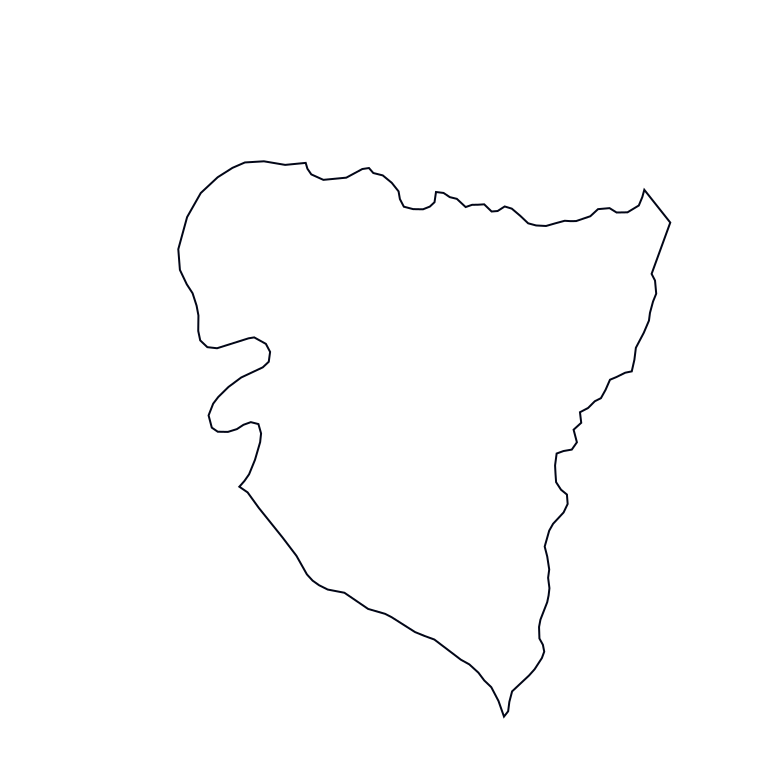 Primeiro de Maio, Paraná, Brazil, rotated 200°
{"feature_id": "56859067B81342579532377", "entity_name": "Primeiro de Maio", "entity_type": "district", "adm_level": 2, "iso_a3": "BRA", "parent_name": "Brazil", "parent_adm1": "Paraná", "projection": "natural_earth1", "projection_center": [-51.083, -22.858], "detail": "fine", "context": "isolated", "style": "outline", "palette": "ink", "viewbox_px": 768, "rotation_deg": 200, "n_neighbors": 0, "source": "geoboundaries", "source_scale": "gbopen_adm2", "svg_char_len": 2098}
<svg xmlns="http://www.w3.org/2000/svg" viewBox="0 0 768 768"><g transform="rotate(200 384 384)"><path d="M157.5,112.5L155.4,118.9L157.5,128.2L158.5,139.0L148.0,159.7L144.9,167.5L141.9,180.5L141.9,187.3L145.5,193.3L150.9,198.0L155.2,208.7L156.4,216.1L156.0,234.8L157.0,241.6L158.7,248.7L163.5,258.0L165.3,266.2L171.6,277.7L177.4,286.2L178.6,302.7L177.3,310.5L171.3,324.7L170.4,334.1L174.3,342.7L181.5,345.2L188.7,350.6L192.0,358.0L195.4,366.0L198.0,377.7L192.4,382.4L185.1,386.6L182.8,395.2L190.2,405.9L185.4,415.0L190.2,424.5L184.0,431.3L180.0,439.9L175.3,444.9L173.8,454.3L173.1,465.3L168.1,469.9L161.2,477.1L155.5,480.6L157.0,492.4L159.7,504.2L157.4,521.0L156.7,534.2L158.4,541.8L159.4,553.5L159.1,562.0L164.7,573.9L170.2,579.0L170.2,633.6L205.8,655.5L205.2,648.0L205.6,638.9L213.9,628.6L224.1,624.7L232.2,626.4L242.7,621.5L247.5,612.2L259.2,602.8L264.5,600.8L270.0,599.2L278.1,593.5L285.8,587.9L295.3,585.0L303.5,584.3L313.4,588.6L323.9,592.5L331.3,592.1L336.4,585.4L341.9,582.9L351.3,587.1L356.8,584.7L362.5,582.5L367.8,578.2L378.9,582.9L386.1,582.1L393.4,583.9L400.8,582.2L398.7,572.1L401.6,566.4L407.1,561.5L416.4,558.3L426.0,557.4L432.3,563.2L436.2,570.0L445.5,575.7L456.5,579.6L466.2,578.6L472.0,581.8L477.9,578.6L490.0,565.0L510.8,555.1L524.0,556.1L529.6,560.1L533.2,565.0L551.8,556.1L573.0,552.2L590.5,544.6L600.3,535.3L611.0,521.4L621.5,500.8L626.1,473.5L623.4,440.3L614.8,421.4L603.4,410.2L594.9,403.8L586.9,393.5L581.8,384.9L576.7,370.3L571.6,362.1L562.6,358.2L553.1,360.5L526.9,380.6L521.9,383.4L508.7,381.3L502.0,375.2L499.9,365.5L503.6,358.2L520.4,341.3L529.1,328.1L535.3,315.1L537.8,307.1L538.1,294.5L530.9,284.1L523.9,282.3L514.3,285.6L506.8,291.3L502.1,297.6L496.1,302.6L488.3,303.4L482.6,295.5L480.5,287.0L479.3,268.6L479.9,253.0L482.0,245.1L484.8,238.0L475.1,235.5L459.2,224.7L426.9,205.1L407.5,192.6L391.3,178.7L383.8,174.8L376.2,172.7L366.6,171.6L349.8,174.3L322.0,167.2L304.4,168.4L297.2,167.5L270.0,161.5L259.7,161.1L249.3,161.1L217.4,151.2L207.9,149.7L196.5,145.0L188.4,139.7L179.5,135.8L168.0,125.3L157.5,112.5Z" fill="none" stroke="#020617" stroke-width="2"/></g></svg>